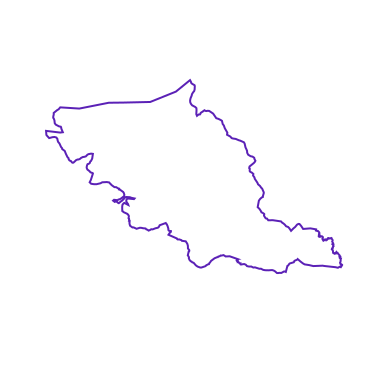 Atwima Nwabiagya North, Ashanti, Ghana, rotated 151°
{"feature_id": "2480657B14484334363928", "entity_name": "Atwima Nwabiagya North", "entity_type": "district", "adm_level": 2, "iso_a3": "GHA", "parent_name": "Ghana", "parent_adm1": "Ashanti", "projection": "orthographic", "projection_center": [-1.753, 6.879], "detail": "fine", "context": "isolated", "style": "outline", "palette": "violet", "viewbox_px": 384, "rotation_deg": 151, "n_neighbors": 0, "source": "geoboundaries", "source_scale": "gbopen_adm2", "svg_char_len": 5914}
<svg xmlns="http://www.w3.org/2000/svg" viewBox="0 0 384 384"><g transform="rotate(151 192 192)"><path d="M261.7,207.7L259.2,204.3L259.2,203.9L258.8,203.2L258.9,202.7L258.8,201.9L259.2,201.0L260.2,199.9L260.0,199.2L260.6,198.2L260.4,197.5L261.1,197.1L260.8,196.6L261.1,196.0L261.6,195.5L262.1,194.3L262.5,192.5L261.3,189.9L260.2,189.3L258.3,186.7L254.9,186.0L253.4,185.0L252.6,184.2L250.3,182.6L250.1,181.5L249.2,180.5L248.7,179.3L247.3,179.1L245.7,179.2L244.6,178.4L241.6,178.0L239.2,177.3L237.8,177.6L236.4,178.6L230.0,177.6L230.0,176.7L229.7,176.1L229.9,173.9L230.5,171.3L230.9,170.6L231.1,169.8L230.8,169.1L229.4,168.0L229.8,167.4L231.4,167.0L233.3,166.0L227.7,158.6L227.8,157.9L227.5,157.4L226.1,156.7L224.6,155.0L224.5,154.2L221.4,151.9L221.2,149.0L221.7,146.9L222.9,144.6L222.6,142.5L222.9,141.8L223.5,141.4L223.8,141.5L226.4,138.6L226.3,138.1L226.3,136.4L226.9,135.6L227.1,133.8L226.7,132.0L226.1,131.4L225.9,130.4L224.9,129.3L224.2,126.0L223.3,124.1L221.4,121.9L220.5,121.4L216.1,120.6L215.1,121.0L212.5,120.9L212.1,120.7L211.3,121.4L210.7,121.5L208.7,122.5L204.4,123.1L201.6,122.8L201.0,122.5L200.3,122.8L198.9,122.4L197.8,122.6L197.3,122.2L195.0,121.5L193.8,119.3L190.2,117.5L184.6,111.2L185.2,111.4L185.2,110.5L185.9,110.7L186.0,110.6L185.4,110.1L186.1,109.6L186.1,109.4L185.8,108.9L186.0,108.5L185.7,108.4L185.4,108.5L185.0,107.1L184.9,107.2L185.1,106.8L184.7,106.2L184.3,106.1L184.5,105.8L184.6,105.1L184.3,104.8L182.0,104.0L181.2,103.6L180.2,102.3L179.8,100.5L178.2,99.1L176.3,98.1L175.0,96.2L173.5,95.6L170.3,92.2L168.9,91.5L167.5,89.4L165.9,88.1L163.2,86.5L159.8,84.9L158.7,83.8L157.9,82.5L157.0,80.0L156.1,79.4L154.9,79.0L153.1,77.9L150.1,77.9L149.5,77.6L148.7,76.6L144.4,81.1L143.4,81.1L142.2,81.8L141.2,82.1L137.0,81.2L136.0,82.0L135.3,82.1L132.6,81.8L132.1,82.1L130.9,78.8L129.6,75.8L128.6,74.1L125.0,71.3L121.8,68.4L113.6,64.3L111.8,62.9L103.0,56.7L101.1,55.0L99.0,55.0L98.3,54.1L96.1,55.3L96.0,55.5L96.5,56.5L97.0,56.3L97.0,57.6L96.7,58.5L96.1,58.8L95.0,60.3L94.9,60.7L93.9,61.7L94.7,62.6L94.5,62.9L94.5,63.3L94.1,63.3L94.0,63.6L93.8,63.7L94.2,64.1L94.2,64.4L93.6,64.9L93.9,66.3L94.1,66.8L94.2,68.4L94.9,69.1L94.9,69.5L95.6,69.2L95.6,68.6L96.1,68.4L97.0,69.5L97.3,69.5L97.5,69.3L98.1,70.4L97.3,72.1L97.1,73.0L97.5,73.9L97.0,74.2L96.9,74.7L96.0,74.7L95.7,75.0L95.7,75.4L95.0,76.0L94.4,76.1L94.4,77.2L93.7,77.5L93.6,77.9L94.0,77.9L93.9,78.3L94.3,78.5L94.1,78.7L93.6,78.8L93.4,79.3L93.4,80.7L92.5,81.4L92.3,82.0L92.5,83.5L92.3,84.0L92.5,84.3L93.8,84.4L94.4,84.9L94.6,85.3L94.9,85.5L95.2,85.2L95.5,85.6L97.1,84.7L97.4,84.8L97.6,85.2L98.0,85.0L98.0,85.7L100.1,85.7L99.8,86.2L100.4,86.3L100.3,86.5L100.7,86.8L100.6,87.1L100.7,87.8L99.7,88.5L99.4,89.3L99.8,90.2L100.3,90.3L100.6,90.8L101.9,90.7L102.6,91.4L102.7,91.7L101.5,93.4L101.1,93.0L100.3,94.9L100.7,96.7L101.4,97.2L101.7,97.7L102.2,98.0L102.3,98.2L101.8,98.6L101.5,99.1L106.1,102.8L112.7,105.8L113.0,109.5L113.5,111.9L114.4,112.5L116.0,112.5L118.7,111.4L120.9,111.0L124.2,110.0L124.5,113.3L124.9,114.8L126.3,116.4L126.7,118.6L127.4,120.4L128.0,121.4L128.4,123.1L134.9,128.1L139.0,130.3L139.3,132.4L140.2,133.1L140.4,133.8L140.5,136.3L140.3,136.8L139.5,137.6L139.5,137.9L140.5,139.8L141.1,140.5L141.0,142.3L141.2,144.6L141.9,146.9L137.7,152.0L135.8,152.9L133.6,153.4L132.4,153.3L132.0,154.0L129.9,156.1L129.4,156.9L129.0,161.0L129.4,162.1L129.6,164.3L130.5,166.7L130.3,168.4L130.7,173.2L130.3,174.5L130.6,176.8L129.6,178.0L130.2,179.8L131.3,181.5L131.4,182.2L130.9,183.3L130.2,184.2L130.4,185.2L129.3,186.4L123.8,187.4L122.2,188.0L121.4,188.6L121.4,190.4L121.0,191.8L121.9,193.6L123.4,194.9L124.8,197.4L124.7,199.6L123.9,201.3L123.7,203.0L123.6,205.0L122.5,208.8L122.5,210.3L124.9,213.5L126.0,214.6L128.0,217.2L130.2,218.9L131.2,219.9L131.6,221.9L133.6,225.1L132.3,226.8L132.4,231.9L131.9,234.8L132.2,236.5L131.3,239.7L131.9,240.9L133.4,243.1L135.0,244.8L135.5,250.3L136.3,251.9L137.7,254.6L138.9,255.4L140.3,255.9L141.2,256.7L141.4,257.4L142.7,257.4L143.5,257.1L144.8,257.1L146.0,257.0L146.6,256.4L147.4,256.0L148.7,256.6L150.7,256.2L150.5,258.0L148.3,261.5L147.5,263.2L147.9,264.7L149.9,267.8L150.2,269.8L150.0,271.5L149.2,273.1L147.8,274.7L145.5,276.5L144.7,277.5L142.8,278.6L141.2,279.2L140.0,280.4L138.2,283.3L138.0,284.2L139.4,286.5L139.8,287.6L139.5,289.1L139.5,290.8L157.4,287.6L184.9,291.0L208.9,303.6L221.5,310.4L250.1,319.6L266.2,329.9L268.6,329.0L270.1,329.0L274.6,328.2L275.5,326.6L276.5,325.6L277.4,324.2L277.3,323.2L277.6,321.3L278.7,318.7L278.5,317.0L276.5,313.9L275.1,312.7L275.1,312.1L275.6,310.6L276.0,306.9L278.5,307.9L290.0,316.2L291.6,312.7L291.7,312.2L290.8,308.4L287.5,307.6L285.6,306.8L284.2,305.4L284.0,303.6L284.4,302.7L284.8,300.8L284.4,298.7L284.7,294.9L284.4,293.3L284.7,292.5L283.4,289.6L283.8,286.5L284.0,282.9L283.6,281.4L284.0,280.4L283.9,279.2L283.5,278.6L283.4,278.2L282.9,277.8L282.6,276.0L282.0,275.3L281.3,275.2L277.7,276.1L276.0,275.8L275.4,275.4L273.7,275.3L272.5,275.6L270.4,275.5L269.6,275.1L267.6,274.6L265.4,275.3L264.2,275.3L262.0,274.6L261.1,274.1L260.2,273.4L263.1,269.6L265.3,268.1L266.2,268.0L267.4,266.9L268.8,266.7L269.8,267.0L270.9,266.2L272.0,264.9L272.4,264.2L272.6,262.4L271.5,259.8L271.3,258.5L269.7,256.7L269.7,256.2L274.6,251.6L276.8,250.1L276.2,248.1L274.0,246.4L271.7,245.1L267.8,244.0L265.8,244.0L261.7,242.0L259.8,240.5L259.5,238.9L259.2,238.2L259.0,237.1L257.5,233.9L255.9,232.9L255.1,231.3L254.1,230.2L254.6,229.6L253.7,228.6L252.2,225.4L252.1,224.5L252.5,222.4L253.2,221.5L254.1,221.2L257.4,220.7L258.5,220.7L260.2,221.1L261.3,220.9L262.0,221.6L264.0,223.0L265.2,222.7L264.4,220.8L263.4,220.7L262.6,220.1L261.7,217.9L261.4,217.7L258.5,218.3L257.5,218.3L254.3,219.2L253.3,219.7L252.1,219.6L248.9,217.6L247.7,216.2L245.4,214.2L246.2,213.9L250.8,217.1L252.1,217.5L253.1,217.0L254.0,215.8L254.0,214.2L253.8,212.5L254.0,211.5L256.5,215.3L257.3,215.2L258.7,214.7L259.1,214.4L260.3,212.8L262.2,209.2L261.8,208.5L261.7,207.7Z" fill="none" stroke="#5b21b6" stroke-width="2"/></g></svg>